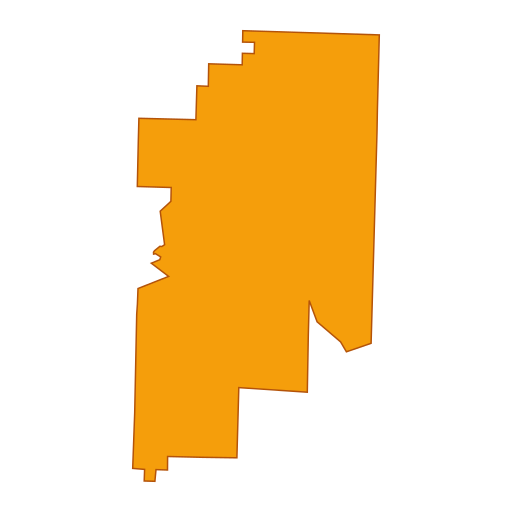 Franklin, Arkansas, United States of America (Albers equal-area conic projection)
{"feature_id": "52423323B69712686179193", "entity_name": "Franklin", "entity_type": "district", "adm_level": 2, "iso_a3": "USA", "parent_name": "United States of America", "parent_adm1": "Arkansas", "projection": "albers", "projection_center": [-93.962, 35.487], "detail": "fine", "context": "isolated", "style": "filled", "palette": "amber", "viewbox_px": 512, "rotation_deg": 0, "n_neighbors": 0, "source": "geoboundaries", "source_scale": "gbopen_adm2", "svg_char_len": 745}
<svg xmlns="http://www.w3.org/2000/svg" viewBox="0 0 512 512"><path d="M242.6,42.1L254.5,42.3L254.2,53.6L242.4,53.3L242.2,64.8L208.7,63.8L208.3,86.3L196.9,85.8L195.9,119.7L138.9,118.3L138.3,141.1L137.3,186.5L171.2,187.5L170.9,201.3L160.2,211.2L164.6,244.7L161.9,246.5L159.9,246.3L154.5,250.7L153.5,252.2L153.6,254.1L155.5,253.7L160.7,256.9L159.8,259.7L151.3,263.2L168.6,276.4L138.0,288.5L137.4,304.2L136.7,314.3L134.7,412.7L132.7,468.4L144.6,469.4L144.2,481.0L154.9,481.3L156.0,469.6L167.5,470.0L167.6,456.5L202.7,457.3L236.9,457.8L238.8,387.6L307.3,392.2L308.3,335.5L309.2,300.5L317.1,321.8L340.6,341.9L346.4,351.8L371.1,343.3L377.0,132.2L377.4,109.6L379.3,34.9L242.8,30.7L242.6,42.1Z" fill="#f59e0b" stroke="#b45309" stroke-width="1.5"/></svg>